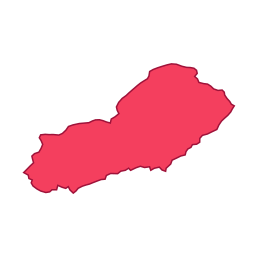 Glaucilândia, Minas Gerais, Brazil, rotated 265°
{"feature_id": "56859067B44524669514227", "entity_name": "Glaucilândia", "entity_type": "district", "adm_level": 2, "iso_a3": "BRA", "parent_name": "Brazil", "parent_adm1": "Minas Gerais", "projection": "equal_earth", "projection_center": [-43.642, -16.9], "detail": "fine", "context": "isolated", "style": "filled", "palette": "rose", "viewbox_px": 256, "rotation_deg": 265, "n_neighbors": 0, "source": "geoboundaries", "source_scale": "gbopen_adm2", "svg_char_len": 1735}
<svg xmlns="http://www.w3.org/2000/svg" viewBox="0 0 256 256"><g transform="rotate(265 128 128)"><path d="M81.6,161.7L84.6,162.5L88.4,167.4L92.1,169.1L93.9,174.0L95.5,178.1L96.2,182.6L99.4,183.7L101.9,185.8L103.2,189.0L105.8,190.7L105.9,195.0L107.6,198.2L111.4,198.6L114.2,201.5L115.1,206.6L117.0,211.5L118.8,216.4L123.1,218.8L126.8,221.8L129.4,225.1L131.9,228.5L135.0,231.7L137.8,233.5L140.8,235.8L142.7,233.0L145.5,231.7L148.8,229.2L152.4,227.2L155.3,227.0L157.6,225.1L157.6,220.9L159.5,216.7L162.5,214.1L164.8,211.1L165.6,207.3L167.2,202.6L170.8,201.5L173.5,198.9L176.4,201.7L179.5,201.3L181.8,198.9L182.8,195.3L183.3,191.6L184.8,187.1L187.3,181.8L188.1,176.8L187.5,172.5L186.5,167.6L185.4,162.8L184.1,158.2L182.4,154.5L178.0,153.4L175.4,151.7L173.6,148.1L171.8,144.6L169.5,141.1L165.6,135.7L162.9,132.0L160.5,129.0L158.0,124.8L154.4,121.0L150.0,118.3L146.5,118.8L143.1,120.2L140.3,116.1L138.4,112.1L134.5,110.8L135.8,107.2L137.5,103.7L138.7,100.3L138.9,96.3L138.1,93.1L136.7,89.5L136.7,84.7L136.7,79.9L135.9,73.5L134.7,68.8L131.3,66.0L128.3,62.2L127.0,58.5L128.0,52.9L128.3,48.7L128.9,45.0L128.8,40.4L126.0,38.8L123.1,40.3L119.1,41.6L115.2,39.6L111.7,37.1L110.6,32.6L108.4,29.8L105.4,30.2L101.6,30.9L98.6,27.1L96.0,24.1L92.7,20.2L89.8,24.5L86.3,24.9L84.6,28.1L81.8,26.8L78.5,28.3L75.2,32.0L72.8,35.6L70.9,40.5L71.2,44.4L73.1,46.9L72.7,51.5L77.0,53.1L74.8,57.0L73.3,60.7L74.8,63.4L71.3,64.8L67.9,67.8L69.8,70.7L72.3,73.1L74.0,77.4L74.9,81.2L75.5,84.7L76.5,87.9L77.8,92.4L79.0,96.7L79.0,100.7L82.6,102.3L84.2,106.7L83.4,113.7L85.6,117.0L86.1,121.7L87.9,125.1L85.6,126.9L87.7,132.5L88.8,137.0L87.2,141.1L87.5,146.1L83.9,147.0L85.6,150.7L86.3,155.8L83.2,158.2L81.6,161.7Z" fill="#f43f5e" stroke="#9f1239" stroke-width="1.5"/></g></svg>